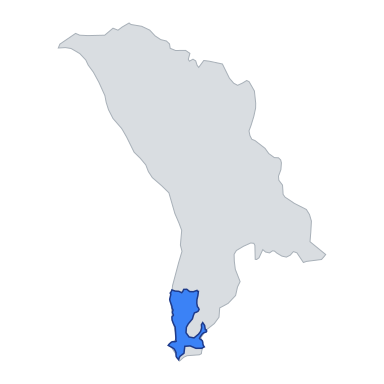 Cahul highlighted on a map of Moldova
{"feature_id": "MDA-1624", "entity_name": "Cahul", "entity_type": "District", "adm_level": 1, "iso_a3": "MDA", "parent_name": "Moldova", "parent_adm1": "", "projection": "mercator", "projection_center": [28.292, 45.784], "detail": "fine", "context": "in_parent", "style": "filled", "palette": "blue", "viewbox_px": 384, "rotation_deg": 0, "n_neighbors": 0, "source": "natural_earth", "source_scale": "10m", "svg_char_len": 3218}
<svg xmlns="http://www.w3.org/2000/svg" viewBox="0 0 384 384"><path d="M58.3,48.0L59.9,44.1L75.6,33.4L79.7,35.2L87.9,35.6L104.7,35.2L113.0,28.2L118.0,30.2L122.2,27.0L129.1,23.0L130.1,23.9L131.0,24.5L141.7,26.3L149.7,30.1L155.1,35.9L160.7,39.6L166.4,41.0L169.5,43.9L170.2,48.3L175.5,50.5L185.6,50.4L189.9,53.4L188.3,59.3L189.4,61.2L193.0,59.2L195.7,60.9L197.1,65.3L198.7,67.4L203.8,60.5L209.3,61.2L222.4,64.0L229.4,78.2L233.7,83.2L237.6,85.3L242.4,83.1L246.7,80.5L249.1,81.7L254.4,91.0L255.7,103.2L255.6,108.1L253.8,116.4L251.1,125.2L249.0,130.9L249.9,135.5L251.8,139.3L254.9,140.5L265.0,148.3L268.8,153.6L274.3,157.6L278.5,157.8L280.7,160.0L281.4,162.8L280.9,169.6L278.5,176.1L278.8,180.2L282.5,185.1L282.9,190.7L283.1,194.4L285.1,197.2L294.4,203.4L306.4,209.5L309.5,214.6L311.4,221.1L310.8,232.1L310.0,241.7L325.7,254.5L323.9,256.8L321.5,259.5L306.5,261.4L303.4,262.5L296.9,252.8L293.4,251.6L290.2,255.2L286.4,257.1L281.9,256.1L277.0,253.2L274.5,251.1L272.6,250.8L269.5,252.9L265.5,252.0L262.8,249.6L259.0,257.8L256.6,259.5L255.2,259.3L254.9,245.4L253.8,243.3L250.7,243.0L243.4,246.3L236.4,250.5L234.1,254.3L234.3,261.2L235.3,269.3L240.1,281.6L237.5,287.0L235.6,295.5L228.1,303.4L219.7,307.9L219.0,317.2L214.3,323.6L206.3,329.9L200.9,337.5L202.2,342.8L202.6,347.7L201.7,351.1L201.4,353.7L199.3,354.8L187.1,355.7L183.6,357.3L179.6,361.0L175.8,354.1L172.0,348.1L169.1,344.8L170.3,343.3L173.4,341.6L175.6,339.6L175.3,332.4L173.7,324.1L172.2,320.1L172.1,313.8L171.0,304.0L172.5,285.8L178.6,262.8L182.0,251.3L180.4,245.1L181.7,230.4L179.0,223.1L174.9,213.6L168.9,192.8L161.5,185.6L152.3,177.6L148.4,171.6L145.8,164.9L140.3,158.3L134.1,152.2L126.6,137.0L122.7,130.2L121.5,128.3L113.0,118.5L108.5,109.7L106.2,102.4L104.9,95.6L98.9,82.3L93.4,72.2L88.2,65.1L85.8,60.0L79.8,53.6L71.1,48.5L65.5,47.6L58.3,48.0Z" fill="#d9dde1" stroke="#a8b0b8" stroke-width="1"/><path d="M171.7,290.5L171.9,289.9L175.2,291.1L178.8,291.3L181.7,292.7L182.9,291.2L183.7,289.4L186.8,289.3L189.7,291.6L193.4,291.7L197.0,290.4L197.5,291.3L198.4,291.4L197.9,295.5L196.9,299.8L196.8,303.3L197.4,306.6L198.4,307.8L199.1,309.4L198.2,311.1L196.8,312.0L194.4,312.9L193.3,315.7L192.4,318.9L188.3,323.8L186.4,327.2L186.0,332.7L189.1,337.0L194.0,337.9L198.5,334.2L200.6,331.4L201.6,327.9L201.4,324.7L202.7,322.6L204.6,325.4L205.3,329.7L206.3,329.9L206.7,331.1L206.2,332.0L204.0,332.7L202.7,333.6L201.8,334.5L200.1,337.1L199.5,338.4L200.2,339.2L201.4,339.9L202.4,340.9L202.8,342.4L202.9,343.9L203.3,345.4L204.3,346.9L202.3,347.9L201.9,348.3L201.6,348.3L195.9,348.3L190.2,345.9L184.8,346.3L184.1,352.1L184.0,353.2L180.0,356.3L179.3,357.6L178.8,359.0L178.6,359.7L176.6,357.3L176.1,356.2L176.0,352.5L175.9,352.3L175.7,352.0L175.5,351.3L174.2,349.0L172.4,347.7L168.2,345.4L169.1,344.2L170.4,343.0L171.6,342.0L172.6,341.7L175.1,341.7L176.2,341.2L175.8,339.8L175.9,338.0L175.2,327.1L174.6,326.0L173.3,323.4L172.1,320.1L171.9,317.0L172.2,316.4L173.2,315.6L173.4,315.1L173.3,314.7L172.6,313.3L172.4,312.5L172.5,311.6L172.8,310.8L173.0,310.0L172.6,309.1L172.2,308.3L172.0,307.7L171.9,306.4L170.0,301.0L169.7,299.4L169.9,298.3L170.8,294.5L170.8,293.9L170.3,293.6L170.3,293.0L170.5,292.4L171.1,292.0L171.7,290.5Z" fill="#3b82f6" stroke="#1e3a8a" stroke-width="1.5"/></svg>